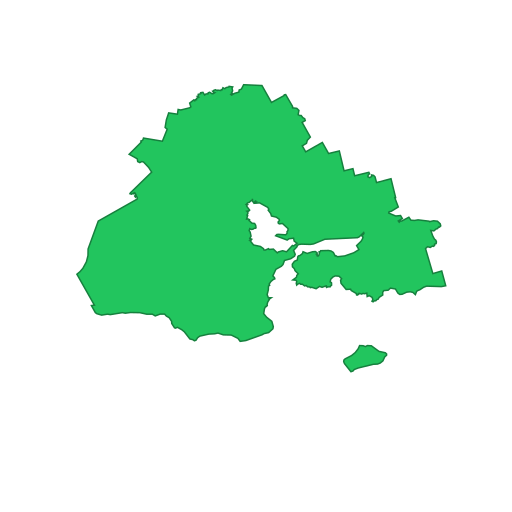 Porirua City, Wellington, New Zealand, rotated 226°
{"feature_id": "76426892B55441287291699", "entity_name": "Porirua City", "entity_type": "district", "adm_level": 2, "iso_a3": "NZL", "parent_name": "New Zealand", "parent_adm1": "Wellington", "projection": "mercator", "projection_center": [174.863, -41.084], "detail": "fine", "context": "isolated", "style": "filled", "palette": "green", "viewbox_px": 512, "rotation_deg": 226, "n_neighbors": 0, "source": "geoboundaries", "source_scale": "gbopen_adm2", "svg_char_len": 6165}
<svg xmlns="http://www.w3.org/2000/svg" viewBox="0 0 512 512"><g transform="rotate(226 256 256)"><path d="M326.9,101.1L325.1,101.4L320.7,103.9L317.3,108.8L315.1,110.4L308.1,120.5L305.6,122.3L302.6,126.4L295.9,133.1L290.0,137.0L286.2,141.0L282.9,141.9L280.8,146.7L277.7,149.9L275.1,149.8L271.9,150.7L267.6,149.9L266.0,148.5L261.0,147.5L260.1,147.9L259.2,150.0L254.5,151.4L251.3,151.8L242.2,150.8L239.8,152.4L237.8,152.8L237.1,154.3L237.8,157.3L237.4,159.9L232.6,167.8L228.7,172.3L227.0,175.1L222.0,177.7L216.3,183.3L209.3,185.8L205.6,185.3L202.2,190.0L195.1,205.7L194.6,207.8L192.1,211.9L191.9,217.6L193.2,219.4L198.0,222.0L204.7,221.1L209.2,221.5L212.2,225.5L213.0,227.8L212.5,228.1L212.5,229.7L213.6,230.5L214.8,232.6L215.4,235.2L215.8,235.3L215.4,237.9L217.4,235.9L220.5,237.2L223.1,241.4L225.7,244.1L225.4,245.4L226.7,246.0L227.3,249.1L227.1,252.0L226.5,253.7L227.7,254.3L230.0,254.3L232.6,261.1L231.0,267.1L231.1,269.5L233.0,273.4L229.9,279.1L229.1,283.6L230.0,285.4L233.9,286.9L234.2,292.1L235.0,292.6L234.5,294.8L232.8,297.1L226.7,303.0L224.7,305.8L220.2,317.2L198.7,341.7L198.1,343.5L198.1,349.8L197.4,349.5L197.4,348.1L197.0,349.0L197.0,346.1L195.2,346.1L194.2,344.1L193.6,341.7L193.6,335.6L189.1,334.5L190.4,328.6L194.4,319.9L198.9,314.1L200.6,313.7L201.0,313.0L204.8,314.1L207.4,313.5L209.6,312.0L214.9,306.2L214.5,305.1L215.2,304.4L213.7,303.2L212.8,301.5L212.9,300.5L213.8,300.1L214.5,301.0L215.4,300.8L215.2,301.6L216.0,302.2L218.0,301.8L219.8,299.6L222.3,294.6L226.4,292.8L225.5,291.2L225.8,288.0L226.6,286.6L226.4,285.5L224.4,282.9L225.5,280.0L224.9,276.4L222.9,274.7L220.4,274.8L218.3,273.9L213.9,274.0L213.7,271.9L212.6,270.3L213.2,265.9L210.7,268.0L209.4,267.6L208.4,266.0L206.8,265.1L206.8,266.6L205.9,268.5L204.7,268.5L203.4,269.8L200.7,270.2L199.9,271.6L198.0,271.7L196.4,273.2L195.5,273.1L194.7,274.4L190.7,276.5L190.0,280.6L187.6,281.8L186.1,285.1L185.3,285.5L186.3,286.0L184.5,285.6L184.5,284.3L184.0,286.1L182.3,288.0L182.7,288.9L182.4,289.9L183.4,291.0L184.5,291.8L185.9,291.3L187.4,293.7L187.4,297.0L186.6,299.2L183.8,301.7L180.2,301.8L179.8,300.0L177.3,298.2L169.3,297.6L166.4,301.0L165.1,300.5L159.4,302.1L158.1,301.3L157.3,302.0L157.6,302.7L157.2,303.2L157.8,303.6L157.5,304.3L155.2,305.6L154.8,307.0L153.5,307.8L152.3,309.9L149.6,307.8L148.8,309.9L145.6,310.8L143.5,309.8L142.9,308.0L141.7,308.4L141.5,310.2L140.6,311.0L140.7,312.8L140.1,313.9L140.7,315.8L139.9,320.1L141.8,321.8L142.4,323.8L139.6,327.3L139.5,330.4L135.4,333.4L130.7,332.3L128.5,332.7L127.0,334.5L125.3,339.3L123.1,342.1L120.8,343.6L117.5,343.8L118.9,346.8L118.9,348.0L117.9,350.4L117.1,354.8L115.8,357.8L105.2,368.1L102.8,371.8L116.2,379.2L120.5,371.0L143.6,383.1L143.5,385.9L141.1,387.3L140.6,389.8L139.7,390.3L139.5,391.7L140.5,392.6L139.8,394.2L140.8,395.6L142.4,396.3L144.2,396.1L147.7,397.1L153.0,399.5L150.5,401.4L150.3,404.5L149.6,405.6L150.0,407.5L149.3,408.0L149.3,409.8L151.2,410.9L155.0,410.7L158.0,408.2L160.2,404.6L160.8,404.7L169.4,397.7L171.4,394.8L174.1,392.3L177.7,392.9L179.9,385.2L180.9,383.9L180.8,382.5L182.4,382.7L181.3,387.3L184.7,388.1L187.7,384.3L194.7,381.3L195.4,382.4L194.2,384.4L192.4,392.4L201.5,396.3L201.0,397.0L217.8,406.8L225.1,393.7L230.2,396.6L232.3,396.6L234.1,395.4L232.9,394.5L233.4,392.2L235.3,391.5L236.3,392.9L236.3,394.8L237.8,395.3L245.2,382.7L251.5,386.4L256.1,378.5L273.7,388.9L279.3,379.4L291.6,382.6L296.4,364.1L303.1,365.8L302.0,370.6L303.6,373.3L303.8,377.7L320.1,382.0L319.2,385.5L320.9,386.4L323.0,385.8L325.7,386.1L326.7,385.0L328.4,384.5L330.9,388.0L333.9,387.9L337.2,385.2L338.2,386.2L351.5,389.5L352.3,388.3L351.9,387.6L355.7,373.8L374.5,378.7L387.8,366.1L386.2,361.4L387.1,359.2L385.8,357.5L387.9,353.6L388.7,350.2L389.8,350.1L389.5,352.0L390.5,352.0L391.0,353.9L393.3,355.3L393.8,356.7L396.7,354.5L396.4,353.9L397.9,351.5L398.0,349.8L400.0,349.1L399.1,347.2L399.8,346.6L399.5,345.6L401.9,343.7L402.0,343.0L403.8,342.3L404.5,340.6L404.2,340.2L404.7,339.3L403.2,339.1L402.1,339.8L402.4,338.1L403.2,337.1L406.0,336.4L406.6,335.0L406.0,334.1L407.3,332.6L407.5,330.9L410.6,331.5L411.8,329.8L411.3,329.7L411.2,328.9L412.4,326.7L411.0,325.7L411.6,324.7L410.0,324.9L410.7,322.7L409.8,321.8L410.6,320.9L410.2,319.8L411.5,319.7L412.1,314.5L408.5,312.7L408.7,311.2L413.3,303.3L415.5,301.8L412.6,298.0L419.6,292.6L416.2,286.1L411.6,279.9L408.9,280.2L403.6,268.4L419.0,257.0L418.2,255.6L418.1,254.3L418.7,253.0L417.6,252.5L417.3,235.4L408.4,238.1L406.1,236.5L403.9,237.3L403.3,239.4L401.8,240.4L394.2,240.3L388.8,239.2L388.7,209.6L388.4,208.6L386.9,209.4L386.1,212.2L385.4,211.6L385.1,212.7L383.5,212.2L383.4,210.4L382.1,210.2L382.5,211.7L380.4,211.1L379.5,210.0L390.7,166.8L377.7,140.1L373.0,135.4L369.6,129.9L367.4,122.9L367.0,118.5L367.3,114.5L332.9,105.6L334.7,103.2L326.9,101.1ZM259.8,265.8L265.6,261.9L271.1,262.4L271.4,262.9L270.7,262.8L270.9,264.1L271.7,263.0L271.8,264.3L273.0,263.8L273.7,266.2L277.2,268.4L279.0,268.7L280.0,270.5L278.4,271.0L277.4,272.4L277.1,274.0L276.2,275.1L276.4,275.7L278.3,277.1L280.4,277.6L282.4,275.9L287.1,275.6L286.2,276.1L286.6,276.6L288.4,275.9L289.1,274.9L290.9,278.1L291.7,277.9L292.3,279.8L293.0,280.3L293.1,279.8L293.3,280.8L294.5,280.6L293.3,282.4L293.4,283.3L298.3,283.9L298.9,284.7L298.8,285.4L299.9,284.7L300.0,287.0L299.3,288.4L299.2,290.9L298.5,291.6L299.6,293.2L297.9,291.6L295.9,291.3L295.9,294.6L295.1,292.5L294.7,293.2L294.6,292.0L291.7,295.5L282.9,298.2L280.8,297.8L280.5,296.6L276.4,296.1L274.0,294.9L269.8,297.6L266.3,298.2L265.3,297.6L265.1,295.5L264.0,294.8L262.9,295.1L261.0,297.6L253.4,298.1L252.1,296.6L252.0,295.3L250.7,294.1L250.6,292.1L256.1,287.1L257.0,285.9L256.9,284.2L245.8,289.5L245.5,291.7L242.7,295.4L240.2,293.8L236.7,294.4L237.0,290.1L238.3,289.5L237.8,280.9L241.3,278.8L243.4,274.9L243.5,273.5L248.9,273.3L251.6,270.0L252.6,270.1L253.9,266.6L254.9,265.9L256.0,266.5L259.8,265.8ZM117.1,244.9L106.8,243.9L105.9,245.9L106.1,247.8L104.4,251.8L96.6,265.2L93.8,268.4L92.7,271.0L92.4,274.4L94.0,278.5L93.9,281.0L94.8,281.9L96.6,281.8L102.0,278.2L111.3,276.6L114.2,273.9L114.8,271.8L117.1,270.7L119.6,268.3L118.3,265.1L117.6,260.3L118.0,255.6L120.1,248.6L120.1,247.0L119.1,245.7L117.1,244.9Z" fill="#22c55e" stroke="#15803d" stroke-width="1.5"/></g></svg>